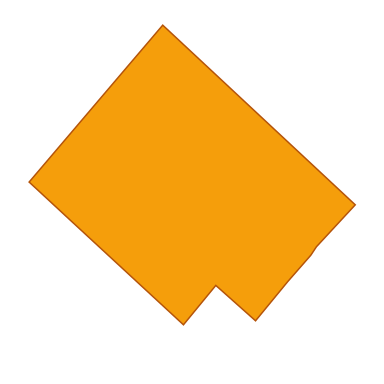 Huron, Ohio, United States of America, rotated 42°
{"feature_id": "52423323B64843440353794", "entity_name": "Huron", "entity_type": "district", "adm_level": 2, "iso_a3": "USA", "parent_name": "United States of America", "parent_adm1": "Ohio", "projection": "orthographic", "projection_center": [-82.559, 41.141], "detail": "fine", "context": "isolated", "style": "filled", "palette": "amber", "viewbox_px": 384, "rotation_deg": 42, "n_neighbors": 0, "source": "geoboundaries", "source_scale": "gbopen_adm2", "svg_char_len": 331}
<svg xmlns="http://www.w3.org/2000/svg" viewBox="0 0 384 384"><g transform="rotate(42 192 192)"><path d="M64.3,293.6L119.8,294.4L274.5,296.4L272.2,245.5L325.4,245.2L323.1,194.5L322.6,159.4L321.1,149.4L321.2,143.0L321.9,92.3L58.6,87.6L59.3,112.0L60.0,138.9L64.3,293.6Z" fill="#f59e0b" stroke="#b45309" stroke-width="1.5"/></g></svg>